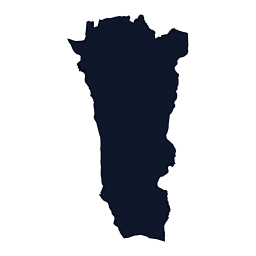 Mpanda, Katavi, United Republic of Tanzania
{"feature_id": "72390352B28587760392267", "entity_name": "Mpanda", "entity_type": "district", "adm_level": 2, "iso_a3": "TZA", "parent_name": "United Republic of Tanzania", "parent_adm1": "Katavi", "projection": "equal_earth", "projection_center": [30.595, -6.035], "detail": "fine", "context": "isolated", "style": "filled", "palette": "ink", "viewbox_px": 256, "rotation_deg": 0, "n_neighbors": 0, "source": "geoboundaries", "source_scale": "gbopen_adm2", "svg_char_len": 5671}
<svg xmlns="http://www.w3.org/2000/svg" viewBox="0 0 256 256"><path d="M166.7,191.4L165.5,190.6L164.4,191.0L163.4,190.8L162.0,189.6L160.3,188.9L157.5,187.3L156.9,185.5L156.0,185.6L156.7,183.8L157.0,182.1L158.0,180.0L158.3,178.6L159.6,177.1L159.8,176.1L162.5,175.9L162.9,175.7L163.6,175.0L166.2,173.5L167.9,171.6L167.1,167.5L168.5,165.1L171.2,165.2L172.5,166.2L173.8,163.7L174.6,163.3L173.7,161.7L173.7,161.2L174.0,160.7L173.9,160.3L173.9,160.0L173.7,159.8L173.7,158.8L173.3,157.5L173.6,157.1L174.1,156.9L175.0,156.1L174.4,154.1L175.3,151.2L174.6,148.5L173.7,147.4L173.0,146.1L172.8,145.2L172.3,144.6L169.6,142.3L168.5,141.0L167.9,140.8L166.6,139.5L165.7,137.6L165.5,135.4L165.7,134.0L166.4,132.9L166.8,132.0L167.8,128.0L167.9,127.0L168.0,123.2L168.4,121.7L168.3,121.2L168.5,119.0L168.9,116.9L168.8,116.1L169.1,114.8L170.2,113.1L170.9,112.7L172.1,110.4L172.7,108.5L173.5,107.4L174.0,107.2L174.2,106.8L174.5,105.8L174.4,104.9L173.2,102.8L173.9,101.7L173.7,101.3L174.2,100.5L174.6,100.5L174.6,100.2L175.0,99.9L175.4,99.1L175.7,99.1L176.1,98.2L176.5,96.6L176.5,94.6L176.1,93.3L175.3,91.8L175.3,91.1L175.5,90.3L176.6,89.3L176.9,88.7L176.6,88.1L176.7,87.2L177.1,85.6L177.7,84.9L177.8,84.2L177.6,83.1L177.9,82.5L177.7,81.3L177.9,79.6L177.4,78.7L177.7,76.9L178.3,75.2L178.2,74.6L176.1,72.7L174.8,71.1L174.5,70.5L174.3,69.3L173.9,68.6L173.7,67.8L173.8,67.4L175.0,65.5L176.4,64.3L176.8,63.5L176.7,62.3L176.4,60.8L176.8,60.0L177.5,59.4L177.8,58.6L179.8,56.9L182.3,56.5L183.9,55.9L185.1,54.8L185.8,54.6L187.3,52.7L187.5,50.9L187.1,48.1L187.6,45.9L187.1,33.6L185.3,33.0L182.8,32.8L182.2,32.3L179.2,31.6L176.4,30.2L174.4,30.3L174.3,29.7L174.6,29.2L174.3,29.0L172.6,29.2L171.9,29.6L172.9,30.3L173.6,30.2L173.6,30.6L172.9,30.7L172.5,30.5L171.5,31.1L170.3,31.1L169.3,32.9L168.3,33.8L167.9,34.8L162.1,35.7L161.9,36.1L161.8,37.8L159.9,37.6L159.2,37.7L158.6,37.4L157.8,38.1L157.8,38.5L157.6,38.8L157.1,38.5L156.5,39.1L155.7,39.3L154.8,39.0L154.6,38.4L154.1,35.3L154.1,34.4L154.7,32.5L154.0,31.9L153.9,31.4L153.0,31.4L152.9,30.9L152.5,30.9L152.5,31.3L152.3,31.3L152.0,30.5L151.6,30.4L150.9,30.4L150.7,30.0L149.6,29.1L148.6,28.8L148.1,27.9L148.2,27.3L148.1,27.1L147.4,25.9L146.8,25.9L146.3,25.5L146.5,24.5L146.3,23.9L145.1,23.3L144.6,22.2L144.5,21.3L143.7,20.8L143.6,19.6L143.0,16.6L142.6,15.8L141.9,15.4L140.3,15.4L139.6,15.9L139.1,17.0L138.5,17.5L138.3,19.3L138.0,19.6L136.2,19.3L135.8,19.9L134.9,20.5L134.5,21.8L134.3,23.1L134.0,23.4L133.7,23.5L132.7,23.2L130.7,22.1L129.3,21.6L129.0,21.3L128.8,20.5L128.8,19.7L129.5,17.7L129.3,16.8L128.8,16.3L127.0,17.2L123.8,16.8L122.5,17.0L121.7,17.5L121.2,17.5L120.4,16.8L118.7,16.8L117.1,17.4L115.8,17.3L114.8,17.8L110.1,18.9L108.1,18.8L106.0,19.0L103.4,20.2L100.8,20.9L99.9,20.3L99.5,21.4L99.3,23.2L98.7,24.5L98.4,26.4L98.1,26.8L96.0,27.4L94.0,28.3L93.4,27.9L92.9,26.8L93.3,25.1L93.1,22.1L92.7,21.9L91.1,22.6L88.7,21.6L88.3,21.6L87.2,22.4L86.6,30.3L86.0,34.4L86.4,35.5L86.5,36.2L86.3,37.0L84.8,40.5L82.8,41.3L76.0,41.8L73.0,41.1L69.8,39.8L68.4,39.5L69.5,42.0L71.3,44.1L73.2,48.9L74.7,51.3L76.8,53.4L78.6,53.8L80.7,55.0L81.5,55.8L81.2,58.8L81.5,59.5L81.1,60.8L80.9,61.3L80.0,61.9L79.6,62.5L78.7,62.9L77.8,63.8L77.6,65.0L77.9,65.1L78.3,64.8L78.8,65.5L79.2,65.3L79.5,65.4L79.6,65.7L79.3,66.1L79.3,66.5L78.6,67.0L78.6,67.7L78.8,67.9L79.4,67.7L80.1,66.4L80.3,66.2L80.5,66.5L80.6,66.9L79.8,69.0L79.8,70.4L80.6,70.1L81.3,70.3L81.6,71.0L81.9,70.9L82.7,71.0L83.2,71.5L83.6,70.4L84.5,70.5L84.4,71.2L84.6,71.4L84.3,71.4L84.3,71.5L85.0,71.1L85.2,71.4L84.5,72.4L84.6,72.7L85.0,72.5L85.6,73.1L85.4,74.0L85.9,75.7L85.7,76.5L85.9,77.2L85.7,77.4L85.4,79.0L85.6,81.6L89.2,86.6L89.7,87.5L89.6,88.5L91.0,90.2L91.2,90.7L91.1,91.9L91.6,93.8L91.0,95.6L92.2,96.3L92.4,96.8L93.1,97.9L93.2,98.4L93.8,98.6L94.1,99.2L94.0,100.6L94.2,100.8L94.3,101.4L94.7,101.8L94.7,102.9L94.2,103.9L94.2,105.1L94.4,106.2L94.4,107.4L94.8,108.9L95.1,112.1L95.1,114.8L94.7,115.9L94.5,117.3L94.8,118.6L97.3,122.9L97.4,124.2L97.6,124.6L98.7,129.2L100.1,134.5L100.8,136.4L101.2,139.5L101.3,145.0L101.0,149.3L101.4,152.4L101.4,158.9L101.2,162.0L101.7,167.4L101.4,173.1L101.5,175.0L102.2,179.6L102.2,181.7L102.7,184.1L103.4,184.2L103.6,184.4L103.6,185.2L103.8,185.3L104.0,185.8L103.3,187.4L103.5,187.6L103.4,188.1L103.0,188.3L103.2,188.9L102.3,190.0L102.5,190.2L102.3,190.5L102.6,191.0L102.3,191.3L102.3,191.7L101.6,191.8L101.3,192.3L101.5,193.5L101.4,194.3L100.9,194.9L100.2,194.9L100.5,195.7L101.2,196.4L102.6,198.5L103.4,199.0L103.6,199.7L106.2,201.1L107.3,201.5L107.5,201.9L108.8,203.1L108.8,203.9L109.5,205.0L109.5,206.3L109.9,207.0L109.8,207.6L110.4,208.2L110.6,208.6L110.5,208.9L111.7,210.3L112.2,211.7L112.4,213.5L114.8,216.4L115.2,217.4L115.2,219.4L114.3,222.6L114.8,222.5L114.6,222.8L114.7,223.3L114.4,223.2L114.4,223.8L116.2,225.3L118.6,226.8L119.0,228.3L119.2,228.5L119.4,229.9L120.3,231.1L120.4,231.9L121.6,234.1L122.6,235.1L124.1,237.6L128.5,237.0L130.3,236.2L134.5,234.9L140.8,234.1L147.0,235.8L149.5,237.4L150.4,237.6L156.3,238.3L164.2,240.6L164.0,237.2L164.0,236.7L164.4,235.6L164.1,234.6L164.2,232.5L163.8,231.4L163.8,230.3L163.6,229.7L163.6,227.4L163.3,226.0L164.4,223.5L165.7,221.2L166.1,220.9L166.1,220.5L166.6,219.9L166.8,219.9L166.8,219.3L168.0,217.9L168.1,217.6L167.5,216.9L167.4,216.3L167.5,215.7L168.5,214.1L168.0,213.5L168.3,211.9L168.5,211.6L169.0,211.9L169.4,211.3L169.4,210.5L169.8,209.7L169.8,209.3L169.1,207.8L169.2,207.0L168.7,206.8L168.7,206.3L168.5,206.1L168.6,205.5L168.2,205.1L168.1,204.4L167.9,204.3L167.7,204.7L167.4,203.6L167.9,202.9L167.9,202.4L167.6,201.5L167.1,201.4L167.0,200.8L166.8,200.6L166.5,199.9L167.1,198.4L166.6,197.7L166.5,196.5L166.5,195.0L167.1,194.0L166.7,193.1L166.5,192.1L166.7,191.4Z" fill="#0f172a" stroke="#020617" stroke-width="1.5"/></svg>